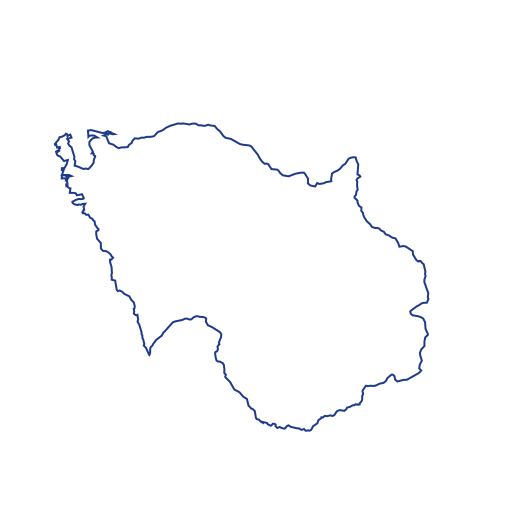 Belis, Cluj, Romania, rotated 249°
{"feature_id": "2599482B26084310177875", "entity_name": "Belis", "entity_type": "district", "adm_level": 2, "iso_a3": "ROU", "parent_name": "Romania", "parent_adm1": "Cluj", "projection": "mercator", "projection_center": [22.964, 46.612], "detail": "fine", "context": "isolated", "style": "outline", "palette": "blue", "viewbox_px": 512, "rotation_deg": 249, "n_neighbors": 0, "source": "geoboundaries", "source_scale": "gbopen_adm2", "svg_char_len": 6082}
<svg xmlns="http://www.w3.org/2000/svg" viewBox="0 0 512 512"><g transform="rotate(249 256 256)"><path d="M180.5,408.5L188.2,409.6L190.3,408.4L192.1,408.0L192.7,407.3L193.0,406.1L192.6,405.9L192.9,405.3L194.6,404.3L201.1,403.1L204.3,404.1L211.2,399.2L212.5,397.1L213.3,393.2L217.1,393.4L222.5,392.5L224.3,389.8L227.5,387.5L229.8,384.8L232.9,384.0L234.9,381.9L237.4,380.9L238.7,379.2L239.5,377.2L241.6,374.6L244.6,374.0L248.5,372.0L253.0,371.0L256.5,370.9L257.7,371.3L260.5,370.5L263.5,371.8L265.9,370.1L269.9,370.0L271.4,370.6L275.0,368.9L276.3,369.4L277.1,371.1L280.3,373.0L281.4,374.6L285.8,375.7L288.6,377.0L291.1,377.2L292.0,378.5L292.7,381.8L294.1,381.6L295.8,380.0L304.9,384.3L308.8,384.0L312.3,384.4L313.3,382.3L313.8,379.6L313.6,377.3L310.0,372.3L309.5,369.7L307.3,365.6L306.5,362.6L306.4,359.2L305.7,356.5L300.7,353.6L298.8,353.1L299.9,347.6L299.6,345.6L300.2,342.4L300.7,340.7L302.2,339.3L299.7,336.1L302.3,332.1L305.1,330.5L309.7,332.3L315.5,331.1L316.7,330.5L317.6,328.1L318.7,322.2L318.7,315.4L319.1,314.3L321.7,310.0L324.5,308.4L328.0,307.5L329.0,306.8L331.6,301.6L337.4,300.3L338.5,298.8L339.0,297.1L341.7,295.6L346.0,294.4L349.6,294.1L359.8,290.9L361.6,289.4L364.7,283.4L366.4,281.0L374.3,274.5L377.2,270.0L380.1,268.4L385.5,267.0L388.1,265.4L392.2,264.0L394.6,259.6L395.7,258.4L395.8,255.1L396.5,253.3L397.5,252.0L398.6,249.2L400.8,247.5L401.7,246.1L402.5,243.5L402.6,241.0L405.6,236.0L406.9,232.1L407.7,230.7L408.3,222.5L408.0,218.1L406.8,213.6L406.9,208.8L404.4,203.7L405.0,200.2L406.4,196.6L406.6,193.9L407.6,191.3L407.6,188.6L409.3,184.9L407.6,181.7L406.2,180.6L405.2,177.1L403.6,175.3L405.7,168.8L405.8,166.6L407.8,164.7L411.0,162.8L413.9,159.2L421.0,159.1L421.9,158.6L423.1,156.9L423.5,160.2L422.5,161.1L423.4,161.5L423.4,162.2L420.9,166.1L420.6,167.4L423.1,164.7L423.8,164.7L424.7,163.1L425.7,162.4L425.3,159.1L425.8,156.8L431.9,148.3L432.7,147.0L433.3,144.1L427.4,142.3L427.8,143.0L427.7,145.0L426.5,148.0L423.5,150.4L424.2,148.3L424.4,145.9L423.0,142.6L422.0,141.2L419.2,140.2L411.6,141.1L410.7,139.6L410.3,140.9L409.7,141.2L408.4,140.6L407.1,141.6L406.4,141.5L404.0,139.1L401.4,137.9L399.3,135.0L397.3,130.9L397.4,130.2L398.6,128.6L399.1,126.0L403.2,121.9L405.3,119.1L409.2,121.3L411.6,120.8L413.6,122.0L423.6,122.7L425.8,121.4L428.3,120.9L430.0,122.5L432.9,121.7L432.7,126.2L435.9,126.1L435.9,124.1L435.2,122.9L437.4,123.3L438.3,122.3L437.3,120.8L436.9,117.4L437.3,115.2L435.5,113.5L432.6,108.4L431.7,108.3L431.6,109.4L428.5,109.2L428.2,111.9L427.0,111.8L426.7,110.5L424.7,110.0L424.8,109.0L424.5,108.5L425.4,108.3L425.0,106.7L421.9,106.5L420.1,107.5L419.0,108.9L413.5,110.8L413.0,114.7L409.7,112.3L406.8,108.8L407.5,106.2L405.7,105.5L405.1,107.2L401.2,103.8L398.7,110.4L396.8,112.3L397.6,107.4L399.3,107.6L401.0,103.7L398.0,102.4L397.4,104.6L395.9,106.6L395.6,107.8L395.4,107.5L395.8,106.2L394.8,105.7L394.6,106.9L393.9,106.6L393.9,106.0L391.7,106.1L390.5,105.7L390.9,104.5L389.0,104.0L388.7,105.1L388.0,105.0L385.6,106.4L385.5,106.9L381.7,104.8L380.3,108.4L379.1,110.2L376.9,110.5L376.0,115.7L371.7,116.0L371.3,115.0L371.8,112.9L372.8,111.0L372.9,107.9L372.4,104.0L371.1,103.8L369.4,105.0L367.5,107.6L367.7,108.9L366.6,110.7L366.7,112.7L366.0,115.3L363.9,112.7L360.7,112.2L360.6,111.2L359.5,110.8L359.4,109.9L358.9,109.5L357.9,109.7L357.0,111.6L355.3,112.2L354.7,114.3L351.1,114.9L349.3,116.6L347.4,116.9L346.2,117.7L342.8,117.0L338.7,118.0L337.7,118.6L336.5,118.0L336.3,115.8L333.9,114.7L329.1,113.8L323.8,115.8L318.6,113.9L315.7,114.9L314.3,117.7L312.2,119.5L309.7,120.8L307.5,121.1L305.7,122.0L304.5,119.8L304.9,118.4L302.5,117.6L297.5,117.2L291.8,115.4L289.3,113.8L287.9,113.8L285.6,112.8L283.5,115.7L274.5,113.9L273.2,114.3L272.8,114.4L272.6,116.3L270.7,118.2L267.8,119.5L263.7,123.3L259.6,123.9L256.4,125.3L252.5,124.8L250.7,123.8L250.4,122.9L248.1,122.5L246.0,121.3L243.9,122.5L243.6,122.9L243.6,124.2L238.9,123.2L237.2,121.9L233.3,122.4L225.7,121.8L224.2,121.2L222.5,121.4L219.8,120.5L218.6,120.8L213.9,120.2L212.6,119.1L209.7,120.4L202.2,120.8L201.8,121.0L203.4,122.4L207.7,124.2L208.6,125.0L209.6,127.3L210.9,128.7L213.6,133.2L215.4,139.4L217.7,142.0L218.2,143.5L223.9,154.6L223.9,157.1L222.7,164.4L222.9,167.3L222.3,169.1L220.7,171.0L220.1,172.3L220.1,173.2L221.2,175.8L221.1,179.3L219.3,181.8L217.9,185.0L216.4,186.6L215.4,187.1L212.8,185.7L208.6,186.3L205.2,189.6L197.9,195.0L195.5,195.6L192.8,194.3L188.5,190.3L186.7,190.2L186.1,188.7L185.1,187.5L182.9,187.2L181.5,186.1L181.0,185.5L180.9,183.8L180.0,183.0L175.3,181.9L172.4,181.7L171.3,182.5L170.4,184.3L168.1,186.4L166.0,187.0L161.5,185.9L158.3,184.5L155.9,185.3L154.4,184.0L153.8,184.0L147.6,186.7L139.2,187.9L134.8,191.7L129.2,193.7L125.7,196.3L119.1,195.4L115.3,196.9L114.3,198.1L111.7,199.3L105.4,198.0L103.6,198.1L102.2,200.1L99.4,201.2L98.0,202.5L98.8,202.6L96.1,206.5L94.8,206.6L92.3,208.9L92.3,209.6L93.4,211.6L92.6,213.3L91.4,213.9L90.2,213.2L87.8,214.3L87.9,216.8L85.8,218.8L84.7,220.6L84.7,221.5L86.1,223.9L86.3,225.6L83.8,227.5L80.3,232.8L79.4,234.7L78.2,235.4L77.4,236.3L77.2,238.9L75.0,239.8L74.5,242.2L73.7,243.4L74.0,245.3L76.7,248.4L77.8,253.3L80.4,255.5L81.1,258.4L82.0,259.3L81.2,260.5L82.0,262.4L82.0,263.2L81.0,264.8L80.6,268.3L79.2,270.1L79.4,272.1L82.0,275.8L82.2,278.2L82.1,279.1L79.8,282.9L80.5,285.2L81.8,286.7L81.5,289.7L82.0,292.7L81.4,294.3L81.9,295.8L80.9,297.1L81.0,297.9L80.4,298.6L80.3,299.6L81.3,300.0L82.3,302.1L83.7,303.6L87.1,304.9L89.1,306.7L91.4,306.9L92.4,307.6L95.5,312.1L94.4,313.9L93.8,316.6L93.1,317.8L92.1,321.0L92.5,325.9L91.8,329.5L92.8,332.5L95.0,335.1L96.5,339.4L96.6,340.5L96.0,341.4L94.2,342.2L90.7,341.6L88.2,343.0L87.5,349.2L86.4,352.6L88.3,365.6L89.1,367.8L89.9,369.2L92.6,368.1L95.8,369.9L98.9,373.3L104.3,373.7L106.9,374.4L109.5,376.7L111.6,381.0L115.8,382.6L118.9,384.5L119.6,385.2L120.6,387.9L121.5,388.5L127.3,388.2L133.6,390.1L137.6,389.7L139.5,388.3L141.6,385.9L144.5,381.0L146.5,379.8L148.9,380.1L149.6,381.5L151.4,388.1L151.7,390.9L152.4,393.4L152.3,395.3L151.2,398.8L154.1,401.6L155.8,401.5L159.4,403.5L171.2,403.8L173.7,404.8L176.3,407.0L179.0,407.5L180.5,408.5Z" fill="none" stroke="#1e3a8a" stroke-width="2"/></g></svg>